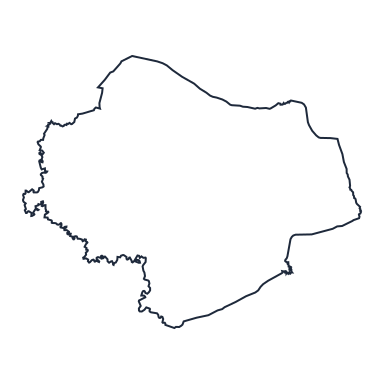 the district of Wang Yang, Nakhon Phanom, Thailand
{"feature_id": "78962969B31746602904448", "entity_name": "Wang Yang", "entity_type": "district", "adm_level": 2, "iso_a3": "THA", "parent_name": "Thailand", "parent_adm1": "Nakhon Phanom", "projection": "mercator", "projection_center": [104.414, 17.07], "detail": "fine", "context": "isolated", "style": "outline", "palette": "slate", "viewbox_px": 384, "rotation_deg": 0, "n_neighbors": 0, "source": "geoboundaries", "source_scale": "gbopen_adm2", "svg_char_len": 5875}
<svg xmlns="http://www.w3.org/2000/svg" viewBox="0 0 384 384"><path d="M109.1,262.7L111.2,261.3L112.1,261.2L113.0,263.3L113.1,264.6L113.6,264.9L114.1,263.1L115.8,262.5L117.3,259.8L117.5,256.9L120.2,257.3L121.0,255.7L123.1,255.0L124.1,255.3L126.5,257.0L126.5,258.8L127.2,259.6L128.3,259.2L129.3,257.6L129.8,257.5L131.6,260.7L131.8,262.0L132.6,262.4L134.2,261.0L138.9,262.8L140.0,262.7L139.6,261.1L138.1,260.0L135.0,259.7L137.5,255.5L139.0,255.8L139.8,257.9L141.4,256.4L143.3,257.8L145.5,257.6L145.8,258.1L145.6,262.0L143.1,265.2L142.6,266.4L143.4,270.7L144.4,272.5L145.0,276.1L143.9,278.8L144.6,279.5L148.2,280.5L148.9,281.2L149.4,283.5L148.5,286.2L150.1,288.0L150.1,290.4L148.9,292.2L147.3,293.7L145.5,293.0L144.7,291.3L144.0,290.9L143.1,291.1L142.3,292.3L141.3,295.5L143.9,295.6L145.1,296.6L145.3,297.3L139.0,300.5L138.8,301.4L140.7,305.9L138.9,308.4L139.0,310.5L139.7,311.4L141.8,311.5L144.4,309.8L146.3,307.4L149.7,308.6L150.0,309.1L149.5,310.8L149.7,311.5L150.9,312.3L157.0,313.3L158.2,314.8L158.6,317.0L159.3,317.9L160.5,317.8L161.2,316.5L162.4,316.9L163.2,319.0L162.4,322.3L162.8,322.8L164.7,322.7L165.3,323.4L165.4,324.9L174.3,328.0L176.0,326.9L179.2,327.0L181.3,325.7L182.5,324.6L183.7,321.4L196.6,317.7L208.4,315.2L217.6,310.4L222.2,309.1L224.6,307.2L235.6,302.0L246.1,296.2L255.3,292.5L258.2,290.4L260.6,286.8L263.2,284.1L268.2,280.7L281.8,273.2L282.6,272.5L282.2,271.1L284.3,271.5L284.8,272.2L285.3,271.1L285.9,271.2L286.3,271.6L286.4,273.4L287.0,272.5L287.9,273.5L289.1,272.4L289.2,273.6L290.0,273.1L290.4,273.5L291.3,272.3L292.1,272.4L291.6,271.7L290.5,271.3L291.1,271.3L291.3,270.6L290.2,270.1L290.8,269.7L291.2,270.2L291.4,269.6L291.1,268.9L290.4,268.6L290.7,268.1L290.0,268.1L289.8,268.8L289.4,268.8L289.7,267.1L290.3,266.7L289.5,266.3L289.1,266.8L288.6,266.6L288.6,265.0L287.9,264.3L288.4,263.6L288.3,262.4L287.3,262.9L286.8,261.9L285.8,261.7L285.1,260.9L285.5,259.6L286.6,258.5L287.4,256.4L290.5,239.2L291.8,236.9L293.3,235.5L295.6,234.7L311.7,234.4L332.7,228.8L337.2,226.4L342.1,226.0L352.7,220.8L353.3,220.2L359.1,218.2L359.5,216.7L358.9,214.6L359.3,213.9L360.3,213.6L361.0,211.9L360.4,211.4L360.8,210.6L360.1,210.0L360.4,209.2L359.6,208.3L360.1,206.9L356.9,203.9L356.2,202.7L355.6,199.3L355.2,198.5L354.2,198.1L353.9,195.9L353.2,195.1L353.1,192.3L351.7,190.9L351.3,189.9L350.3,189.7L350.1,188.2L349.5,187.5L350.1,185.9L349.5,179.7L347.9,176.4L347.7,174.5L346.7,173.0L346.6,168.9L343.9,162.0L342.4,154.1L339.0,144.8L337.5,138.9L330.5,138.1L320.4,137.9L318.7,137.4L316.2,135.4L312.2,130.8L309.0,125.1L307.9,122.2L305.9,107.6L304.0,104.4L301.7,102.8L290.9,100.5L290.2,100.9L290.2,101.5L289.4,101.7L289.1,102.3L288.7,101.6L287.9,101.8L287.5,102.7L286.4,102.8L285.2,103.8L284.3,103.9L283.7,103.0L282.6,104.6L280.5,104.7L280.4,103.7L278.3,103.2L275.7,105.4L270.5,108.5L269.5,108.8L266.1,108.0L259.5,108.4L257.4,107.9L255.1,108.7L247.4,107.0L242.9,106.7L240.0,105.7L231.8,105.2L230.2,104.7L226.4,101.6L222.4,99.5L216.7,97.6L212.8,96.8L210.1,95.6L206.4,92.7L199.9,88.7L194.1,83.6L182.1,76.8L172.5,70.1L166.8,65.4L162.6,63.2L157.2,61.4L132.1,56.0L121.5,61.3L120.3,63.5L113.3,71.4L110.2,72.6L104.8,79.8L98.0,87.4L102.6,88.3L102.1,92.8L99.4,103.1L99.6,107.2L100.0,108.6L95.9,107.5L94.4,108.8L93.9,110.2L82.5,113.6L78.0,114.3L77.9,115.7L77.0,117.5L75.0,118.6L74.3,122.0L72.0,124.0L71.2,124.2L69.5,122.9L68.2,123.9L67.0,123.7L66.5,125.0L65.3,124.6L64.3,125.0L63.7,126.0L62.5,126.4L61.3,125.6L60.4,125.7L59.5,124.4L58.3,123.8L57.0,124.2L55.0,123.2L54.0,124.2L52.7,123.0L52.6,122.2L51.8,121.9L51.3,121.0L50.2,123.0L49.4,123.0L50.1,123.7L48.7,124.8L48.2,124.7L48.3,125.4L47.6,125.8L48.3,125.9L48.4,126.8L47.5,127.1L47.3,128.8L44.0,133.8L44.6,135.0L43.3,138.3L43.1,139.9L40.8,139.9L39.7,141.3L37.9,141.6L37.6,142.1L38.4,144.3L40.8,146.6L40.8,147.4L39.7,150.2L42.2,150.6L43.8,152.7L42.4,154.5L41.3,154.0L40.2,152.4L39.3,153.1L39.5,154.0L41.3,155.0L42.4,157.1L41.6,159.2L42.7,161.3L42.5,162.3L41.6,162.1L40.1,160.2L39.5,160.5L39.2,161.3L40.8,167.7L41.7,169.4L44.9,168.4L45.1,171.2L47.1,171.5L46.6,172.3L45.7,172.8L43.4,172.6L41.8,173.1L40.8,174.3L40.9,175.0L42.5,176.5L42.5,178.1L43.1,178.6L41.9,181.8L43.4,184.5L43.6,186.5L42.5,187.3L39.2,188.1L38.8,190.4L37.8,192.0L37.0,192.4L33.7,192.4L33.4,191.9L33.7,190.5L32.1,189.3L28.7,192.2L28.1,192.1L26.2,190.6L25.6,190.6L25.5,193.5L25.0,194.0L23.6,193.9L23.1,195.1L23.9,197.4L23.0,199.9L23.2,201.0L23.8,202.0L25.7,203.4L24.6,205.0L25.9,209.0L24.8,210.2L26.0,213.0L26.7,213.0L28.1,211.3L28.7,211.2L31.6,213.0L31.3,216.0L32.1,215.9L34.2,214.7L34.4,214.3L33.4,213.1L33.4,212.3L35.2,209.5L36.3,209.4L37.9,210.2L38.5,209.8L35.8,208.1L35.5,206.2L38.0,205.4L38.4,204.1L39.8,204.6L40.7,204.2L41.3,203.7L41.2,201.9L42.9,201.3L43.2,202.3L41.9,206.0L42.5,206.2L44.8,205.1L45.5,205.1L45.5,208.9L46.0,209.9L45.9,211.4L46.4,211.7L48.2,211.7L48.4,212.1L47.7,212.9L44.9,214.6L44.5,217.4L47.6,217.6L48.0,219.4L51.5,220.4L51.9,221.1L51.7,222.7L52.1,223.0L55.1,223.1L56.3,223.5L57.2,224.5L58.3,224.7L59.5,224.4L60.6,223.2L61.1,223.2L61.5,224.0L61.4,225.6L60.4,226.9L60.6,227.4L63.3,228.0L64.9,226.8L66.4,226.6L66.3,227.4L64.2,228.6L64.4,230.1L66.7,230.1L69.0,231.8L68.9,232.5L67.3,232.9L67.3,233.8L68.3,234.5L70.1,233.6L70.7,233.7L70.1,236.0L72.4,236.7L72.7,238.4L73.4,239.3L73.9,239.3L74.5,238.5L74.4,236.5L75.9,236.2L76.8,236.5L77.7,238.7L79.8,238.8L81.9,239.5L82.7,241.2L83.4,240.9L84.6,239.3L85.9,239.6L85.7,241.4L87.2,242.1L87.4,242.6L85.9,244.2L84.6,246.8L86.5,248.0L86.2,249.6L87.6,249.8L87.8,250.5L87.4,251.3L85.8,252.7L86.1,254.7L84.4,256.9L83.2,257.6L83.5,258.8L86.0,258.4L87.9,259.4L88.2,259.8L87.9,261.2L89.1,262.6L89.9,262.2L91.9,260.1L93.3,259.6L93.7,259.8L94.6,261.6L95.1,261.6L96.1,260.7L99.0,262.0L99.2,261.4L96.6,259.0L96.7,257.7L98.0,257.1L100.4,257.8L101.2,255.9L101.9,255.7L102.6,256.2L102.0,258.5L103.3,258.2L104.6,256.6L105.1,256.6L107.5,259.3L107.6,261.3L109.1,262.7Z" fill="none" stroke="#1e293b" stroke-width="2"/></svg>